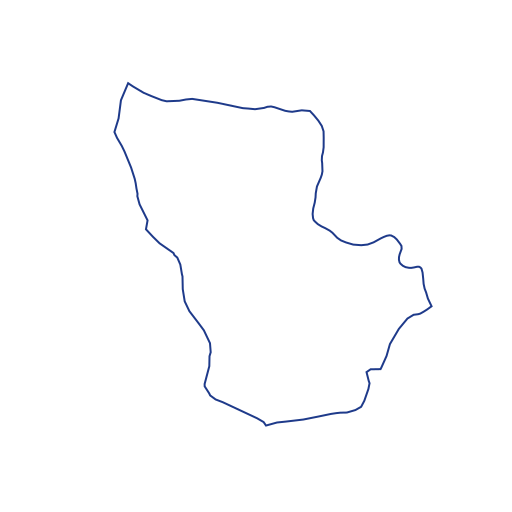 outline of Zunil, Quezaltenango, Guatemala, rotated 111°
{"feature_id": "79465075B54074459386490", "entity_name": "Zunil", "entity_type": "district", "adm_level": 2, "iso_a3": "GTM", "parent_name": "Guatemala", "parent_adm1": "Quezaltenango", "projection": "mercator", "projection_center": [-91.503, 14.742], "detail": "fine", "context": "isolated", "style": "outline", "palette": "blue", "viewbox_px": 512, "rotation_deg": 111, "n_neighbors": 0, "source": "geoboundaries", "source_scale": "gbopen_adm2", "svg_char_len": 2029}
<svg xmlns="http://www.w3.org/2000/svg" viewBox="0 0 512 512"><g transform="rotate(111 256 256)"><path d="M240.0,74.1L234.1,80.3L229.1,84.1L226.0,86.9L222.0,89.5L217.4,91.7L211.7,94.6L208.5,97.0L207.8,98.4L207.6,100.0L208.2,101.6L210.0,104.3L211.4,106.7L212.2,108.9L212.8,112.4L212.5,115.4L211.4,118.4L210.5,119.7L208.3,121.2L205.8,122.1L203.0,122.5L197.2,122.6L194.5,123.8L193.0,125.8L190.1,130.5L188.8,133.7L188.4,137.2L188.9,138.9L190.3,141.2L192.4,143.5L194.7,145.7L201.1,151.1L205.3,155.9L208.2,161.6L210.5,169.3L211.1,176.8L211.0,182.2L209.9,186.7L206.9,193.0L205.9,196.3L205.2,201.3L204.9,205.4L204.1,209.7L202.8,213.0L201.9,214.9L200.2,216.3L196.5,218.2L191.1,219.6L185.2,220.3L180.0,221.4L176.0,222.7L169.3,224.0L160.0,223.6L156.5,223.7L153.1,224.3L145.6,227.5L143.0,228.9L139.0,230.2L135.3,230.6L130.3,231.8L121.3,235.2L115.4,237.6L111.0,241.2L107.3,246.3L103.9,252.3L101.3,257.6L103.6,265.5L106.4,270.4L108.4,273.9L109.3,277.2L110.0,280.8L110.5,292.1L111.0,295.5L112.6,298.8L114.9,301.6L119.3,309.5L121.1,316.0L122.7,321.3L126.8,347.0L132.2,371.9L135.0,377.5L138.5,383.1L143.6,394.9L144.3,399.9L144.2,411.4L143.9,419.4L141.8,431.6L140.5,437.3L159.0,437.9L176.8,433.6L191.0,432.6L195.5,428.1L201.3,420.8L205.6,416.2L218.2,404.3L227.4,396.9L231.2,394.4L235.8,391.8L240.4,388.9L242.7,388.2L249.5,383.2L261.6,370.0L270.5,368.3L275.0,359.1L278.7,350.6L282.8,334.1L284.4,332.5L285.7,328.9L291.1,323.6L299.6,318.6L301.4,317.3L313.2,312.5L323.9,306.3L331.4,298.4L339.9,284.6L344.1,278.0L353.9,267.7L362.1,263.8L366.2,263.5L375.6,260.1L393.9,258.1L396.1,257.2L401.0,250.5L402.6,248.8L404.4,242.3L404.4,234.7L407.1,196.8L408.3,189.4L410.7,185.9L403.9,176.7L400.0,169.0L391.7,153.2L383.5,140.2L376.5,129.3L373.9,124.7L372.0,121.0L369.6,115.1L364.2,108.0L359.1,103.8L352.4,103.0L339.9,103.4L334.1,104.4L332.2,106.0L324.8,111.2L320.7,108.4L317.0,99.2L315.3,99.0L302.6,98.3L290.2,99.4L272.8,96.5L260.1,92.2L254.4,87.8L252.2,83.7L250.9,82.0L248.0,79.6L244.5,77.0L240.0,74.1Z" fill="none" stroke="#1e3a8a" stroke-width="2"/></g></svg>